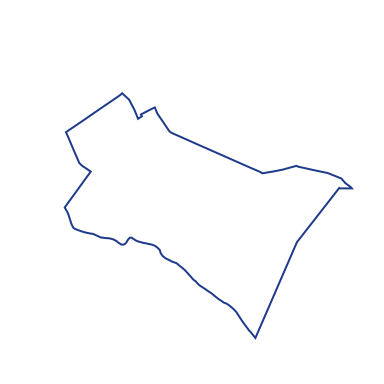 Pocito, San Juan, Argentina (orthographic projection), rotated 306°
{"feature_id": "61730980B55193733465089", "entity_name": "Pocito", "entity_type": "district", "adm_level": 2, "iso_a3": "ARG", "parent_name": "Argentina", "parent_adm1": "San Juan", "projection": "orthographic", "projection_center": [-68.624, -31.735], "detail": "fine", "context": "isolated", "style": "outline", "palette": "blue", "viewbox_px": 384, "rotation_deg": 306, "n_neighbors": 0, "source": "geoboundaries", "source_scale": "gbopen_adm2", "svg_char_len": 3933}
<svg xmlns="http://www.w3.org/2000/svg" viewBox="0 0 384 384"><g transform="rotate(306 192 192)"><path d="M274.3,260.9L273.5,260.3L270.4,257.8L265.4,253.8L264.4,253.1L263.3,252.1L258.5,247.7L256.3,245.6L254.9,244.3L254.2,243.5L251.9,241.3L248.5,238.0L248.3,235.4L245.7,223.8L242.1,207.1L240.7,200.6L233.9,169.2L231.3,156.9L228.1,142.0L227.9,141.2L227.8,140.5L227.7,140.0L227.8,139.4L227.8,138.9L228.0,137.5L231.3,128.4L231.9,126.9L234.1,120.5L235.2,117.7L235.5,117.2L235.8,116.7L238.6,112.2L235.4,110.5L233.7,109.6L230.9,108.2L224.7,105.1L223.8,107.0L222.1,106.3L219.5,105.3L221.7,101.9L222.9,99.9L224.6,97.2L227.5,91.3L229.2,88.0L229.5,87.2L229.8,86.5L229.9,85.8L230.1,83.7L230.2,82.9L230.8,77.4L229.8,77.3L228.8,77.1L226.6,76.3L226.4,76.3L222.7,75.0L206.3,69.1L202.0,67.6L188.1,62.7L183.6,61.1L178.3,59.2L170.6,56.4L166.3,54.9L164.7,57.7L163.2,60.3L155.9,72.4L151.0,80.8L150.9,80.9L149.2,83.7L148.9,85.8L148.6,87.7L148.8,91.6L149.0,98.1L104.7,98.1L103.6,100.5L101.7,104.5L101.5,104.8L100.7,105.8L95.9,112.4L95.4,113.2L94.8,114.0L93.5,116.7L93.3,117.6L93.3,118.2L93.3,118.8L94.1,121.8L95.0,125.0L95.1,125.4L96.5,129.3L97.2,130.9L98.0,132.7L98.3,133.4L98.6,134.1L99.6,135.9L100.0,136.8L100.1,137.2L100.3,138.1L100.4,138.6L100.5,139.4L100.7,140.4L100.9,141.4L101.2,142.6L101.3,143.1L101.3,143.6L101.5,144.8L101.8,145.2L102.0,145.7L102.3,146.2L102.7,146.7L102.9,147.1L103.1,147.6L103.5,148.4L103.9,149.0L104.2,149.6L104.4,149.9L104.7,150.3L105.0,150.9L105.1,151.1L105.4,151.4L105.7,151.9L105.8,152.2L106.1,152.8L106.2,153.2L106.4,153.6L106.5,153.7L106.7,154.1L106.9,154.7L107.3,155.8L107.4,156.2L107.5,156.5L107.6,157.1L107.6,157.6L107.7,158.0L107.8,158.6L107.8,159.0L107.8,159.4L107.9,159.8L107.9,160.3L107.8,160.8L107.8,161.2L107.8,161.6L107.7,162.0L107.8,162.5L107.8,163.2L107.9,164.2L107.9,164.7L107.8,165.3L108.1,165.9L108.4,166.4L108.6,166.8L108.9,167.2L109.3,167.5L109.7,167.8L110.1,168.0L110.6,168.3L111.3,168.4L111.7,168.5L112.2,168.5L113.0,168.5L113.4,168.5L113.9,168.4L114.6,168.3L115.2,168.3L115.7,168.3L116.2,168.3L116.6,168.3L117.1,168.4L117.6,168.5L118.1,168.5L118.6,168.7L119.0,169.2L119.4,169.7L119.5,170.2L119.6,171.0L119.6,171.8L119.7,173.0L119.7,173.9L119.8,175.1L120.0,176.2L120.1,176.6L120.2,177.1L120.4,177.6L120.5,177.9L121.0,179.1L121.4,180.2L121.5,180.6L121.8,181.3L121.9,181.8L122.1,182.2L122.3,182.7L122.8,183.7L123.2,184.5L123.5,185.1L123.9,186.0L124.0,186.4L124.2,186.9L124.2,187.0L124.4,187.5L124.6,187.8L124.8,188.3L125.1,188.8L125.2,189.0L125.4,189.4L125.6,189.9L125.8,190.5L126.0,190.9L126.2,191.7L126.7,193.7L126.7,196.0L126.5,197.8L126.4,198.3L126.4,198.5L126.3,198.8L126.3,199.3L126.2,199.9L125.9,200.2L125.5,200.8L125.3,201.1L124.7,201.9L124.3,202.4L124.1,202.7L123.8,203.5L123.6,204.1L123.4,204.5L123.0,206.1L122.9,206.6L122.9,207.5L122.8,208.4L122.9,209.5L122.9,209.9L123.0,210.8L123.1,211.5L123.3,212.2L123.4,212.7L123.5,213.6L123.6,214.0L123.6,214.5L123.8,215.8L123.8,216.2L124.0,216.9L124.3,217.7L124.4,218.2L124.4,218.4L124.7,219.3L125.1,220.5L125.2,221.1L125.3,221.5L125.3,222.0L125.2,222.6L125.1,224.2L125.0,225.5L125.0,226.7L125.0,228.2L124.8,229.5L124.8,230.2L124.7,231.2L124.5,232.6L124.4,233.2L123.5,237.5L122.5,242.1L121.9,244.7L121.9,246.2L121.9,247.5L121.5,249.2L121.1,251.3L121.0,252.4L120.9,252.9L121.0,254.8L121.2,259.1L121.3,263.9L121.5,267.9L121.2,271.6L121.1,274.0L121.0,276.7L121.2,279.1L121.2,281.5L121.2,282.7L121.8,284.7L122.1,286.6L122.1,287.8L122.1,289.3L121.9,291.7L121.8,293.7L121.1,297.7L121.0,298.3L119.2,302.9L116.7,309.5L113.6,319.4L113.1,321.9L113.0,322.3L111.2,329.1L213.0,306.4L280.1,308.7L281.9,308.8L282.0,309.8L288.9,319.2L289.2,318.0L289.3,317.3L289.3,312.6L289.4,310.7L289.4,310.4L289.4,310.2L289.6,309.7L290.0,307.9L290.5,305.8L290.6,305.6L290.7,305.0L290.7,304.8L290.6,304.5L290.4,303.6L289.0,298.1L287.1,290.6L283.4,282.4L281.9,279.1L276.6,266.9L274.7,262.5L274.7,262.2L274.7,261.9L274.3,260.9Z" fill="none" stroke="#1e3a8a" stroke-width="2"/></g></svg>